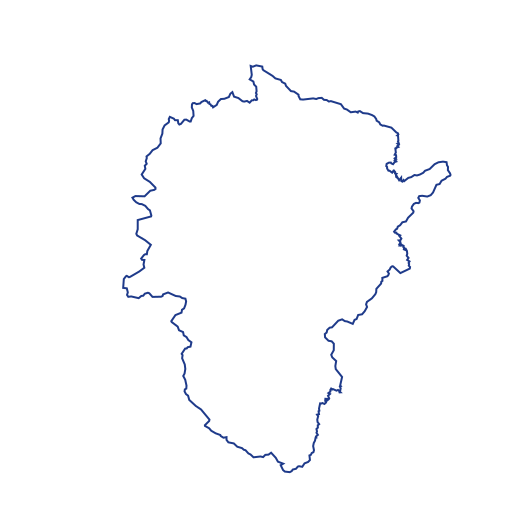 outline of Pong, Phayao, Thailand, rotated 298°
{"feature_id": "78962969B4700239694547", "entity_name": "Pong", "entity_type": "district", "adm_level": 2, "iso_a3": "THA", "parent_name": "Thailand", "parent_adm1": "Phayao", "projection": "albers", "projection_center": [100.484, 19.205], "detail": "fine", "context": "isolated", "style": "outline", "palette": "blue", "viewbox_px": 512, "rotation_deg": 298, "n_neighbors": 0, "source": "geoboundaries", "source_scale": "gbopen_adm2", "svg_char_len": 6122}
<svg xmlns="http://www.w3.org/2000/svg" viewBox="0 0 512 512"><g transform="rotate(298 256 256)"><path d="M165.5,153.7L166.8,157.1L163.7,159.9L161.1,160.4L160.0,162.4L161.7,164.8L163.7,172.2L166.9,173.5L168.0,175.1L170.5,175.5L172.8,177.8L173.0,179.3L171.3,183.8L175.5,191.3L176.8,192.3L178.5,192.0L182.5,195.5L183.0,203.9L184.5,207.8L184.2,210.6L185.2,213.7L183.1,215.6L180.0,216.6L176.0,217.1L173.8,215.9L171.0,216.8L166.0,212.6L158.7,211.8L158.1,212.6L156.9,220.0L154.3,222.9L154.6,227.3L152.0,229.5L151.8,232.7L150.0,235.7L149.5,239.5L145.2,240.7L143.4,238.5L141.8,238.2L141.0,236.9L134.7,236.3L134.0,237.7L131.0,238.8L126.8,244.0L123.1,246.6L118.7,248.1L115.9,248.1L113.5,251.6L108.9,255.5L106.2,256.7L104.8,255.8L102.9,256.5L101.2,259.0L100.8,261.6L97.6,264.6L95.3,273.4L94.7,279.5L89.7,291.7L88.3,292.1L82.6,290.3L82.0,290.7L81.9,295.5L80.7,298.5L80.5,303.6L81.2,308.5L80.5,309.4L80.3,312.6L82.2,315.0L79.8,316.3L78.5,319.1L80.1,324.4L78.8,329.0L79.8,333.8L79.2,336.2L79.6,337.9L78.1,342.0L78.2,344.3L77.1,348.3L81.1,354.1L81.8,356.7L84.8,357.6L86.5,360.3L89.4,361.7L87.1,368.2L84.7,371.9L85.4,377.5L82.9,376.0L79.7,380.4L79.2,382.7L81.0,387.3L82.8,388.5L84.7,388.7L86.9,391.2L89.7,391.8L90.6,392.7L91.6,395.8L95.7,396.2L98.6,398.7L101.2,399.4L105.0,396.8L106.2,397.8L108.2,397.7L109.7,398.8L111.7,398.4L115.0,395.7L118.0,394.8L120.6,394.8L123.6,393.9L124.0,394.5L124.9,393.7L127.1,394.6L128.3,392.4L129.8,392.2L131.6,390.6L133.5,391.2L135.5,390.0L137.2,390.7L138.3,388.3L140.3,386.9L143.7,386.1L144.6,384.4L145.9,385.9L148.3,384.1L149.1,384.6L150.8,383.3L156.0,381.8L156.5,383.1L157.3,383.6L157.5,385.9L159.5,386.6L160.6,385.1L162.5,384.3L163.2,385.9L162.1,385.9L161.7,386.6L163.9,387.5L164.6,387.5L166.4,385.2L168.9,386.1L169.0,384.3L171.2,385.3L172.7,384.5L174.2,384.6L173.8,385.9L174.6,386.3L174.9,390.3L176.2,391.3L176.0,392.6L174.8,393.8L175.3,394.6L175.5,393.9L178.9,392.9L180.1,391.4L180.9,392.0L181.2,391.1L189.6,388.8L193.6,379.5L196.1,377.7L200.9,376.1L202.3,370.9L204.1,368.8L209.3,368.9L215.1,365.9L216.2,362.9L215.2,359.8L216.6,355.2L219.4,353.4L221.6,354.3L224.2,353.6L227.3,354.7L228.7,356.6L237.5,359.0L240.5,361.8L240.2,365.0L241.0,367.3L241.5,373.3L245.9,373.0L247.6,374.4L251.9,373.9L254.3,377.0L258.2,377.9L263.1,378.0L265.0,375.9L267.6,375.5L273.0,378.2L278.3,379.3L280.5,379.1L283.5,377.7L290.4,379.4L292.1,378.7L293.4,379.3L296.0,377.8L299.8,381.5L301.2,381.8L302.9,381.6L304.1,379.4L306.8,380.4L309.2,380.3L310.9,381.1L311.2,382.0L308.7,391.5L317.1,397.7L318.6,397.2L319.2,395.4L320.8,395.0L321.5,394.0L323.3,394.1L323.5,391.3L325.9,391.6L327.0,388.9L329.0,388.5L331.3,386.9L332.7,384.8L332.3,384.1L331.4,384.6L331.3,383.4L333.1,382.8L333.2,381.7L334.3,381.5L334.2,379.0L333.1,379.1L332.7,378.0L334.6,378.4L334.8,377.8L334.1,377.9L333.8,377.1L336.0,377.1L336.8,374.8L337.7,376.1L339.6,376.2L341.0,373.1L341.9,373.5L341.8,369.6L342.5,369.0L341.8,367.7L342.3,366.5L345.2,367.0L346.3,367.8L348.5,367.4L350.8,368.8L354.5,369.4L356.9,372.2L361.2,372.3L368.1,374.5L369.5,374.1L371.0,371.0L372.8,370.5L376.1,370.9L378.0,372.3L379.0,374.7L379.9,375.2L382.0,374.6L383.5,372.0L385.5,372.0L387.2,374.5L388.9,379.3L391.7,381.7L395.2,382.5L403.6,381.9L405.7,384.3L409.6,384.5L413.2,387.0L415.5,387.5L418.0,389.7L418.9,389.7L420.1,388.5L421.9,385.1L424.8,383.7L425.8,382.0L428.3,380.2L427.1,376.8L424.4,373.1L420.9,370.6L414.3,368.5L410.6,365.2L408.0,364.6L404.8,362.4L402.7,360.3L401.9,357.9L398.5,356.0L396.5,353.8L391.7,351.7L392.3,350.6L390.4,350.3L390.4,349.1L393.3,347.4L390.1,346.8L392.2,343.4L391.5,343.4L391.6,342.7L393.7,341.2L394.5,341.4L394.2,340.0L395.5,339.4L396.1,337.9L395.4,337.8L395.6,337.3L393.5,337.1L394.0,333.8L393.5,332.9L394.8,330.7L396.2,329.9L396.5,328.8L398.7,328.1L400.8,329.5L401.8,331.2L401.3,332.0L401.4,333.9L404.0,334.3L405.1,335.3L405.3,333.9L406.4,334.4L406.3,333.6L407.5,333.8L407.5,332.7L409.1,333.4L410.8,332.3L410.5,330.9L413.0,330.9L416.4,328.5L416.9,328.9L416.3,329.5L417.6,329.1L419.1,330.5L419.5,329.2L420.9,329.6L421.4,329.1L421.6,330.8L421.7,328.3L422.7,329.0L423.9,327.5L424.6,327.6L429.1,324.8L428.9,324.2L430.2,324.6L431.0,323.7L431.0,321.8L432.9,315.3L431.2,307.6L430.5,306.8L430.5,304.0L431.9,302.0L432.1,299.0L433.4,297.8L434.8,295.0L434.9,292.3L434.3,288.0L432.4,283.4L432.7,279.7L431.6,278.4L430.4,278.5L430.3,276.2L427.4,272.2L428.0,267.4L427.5,264.6L429.9,259.7L427.9,249.4L426.6,247.8L426.9,245.2L425.8,242.7L426.5,239.8L424.7,237.0L422.9,235.5L422.0,232.5L416.2,224.1L415.1,221.5L417.2,218.5L418.4,217.8L419.0,212.4L418.0,209.4L420.3,202.6L421.9,200.9L421.8,197.3L423.1,195.3L421.9,189.7L422.8,186.1L423.5,175.3L424.1,174.1L426.2,172.6L424.4,166.7L421.6,164.3L421.3,162.1L414.0,167.2L411.8,167.8L409.0,167.5L408.8,171.8L406.5,173.8L405.6,176.7L401.7,179.2L399.9,179.4L399.1,180.7L397.3,180.9L395.2,183.4L394.4,183.5L393.6,182.7L393.4,180.9L392.2,180.5L391.5,179.2L388.4,178.4L388.7,175.3L386.8,173.1L386.3,171.4L387.2,166.3L386.4,161.8L389.6,158.2L387.3,157.2L383.6,157.4L380.0,154.3L378.1,151.3L374.4,150.1L371.0,150.4L367.1,148.3L368.1,147.1L367.6,146.1L368.5,144.7L368.4,143.4L369.7,142.5L368.8,141.6L369.8,139.5L369.3,138.7L369.7,138.0L366.3,135.5L364.5,135.1L362.2,132.2L362.2,129.9L361.2,128.4L359.8,128.3L357.0,129.6L354.6,132.5L350.4,135.1L347.6,134.6L344.1,135.2L343.6,134.4L343.7,130.4L342.7,128.8L337.4,127.7L336.1,126.6L336.7,125.1L339.2,123.2L337.9,120.7L338.7,119.0L338.4,114.6L335.9,114.7L334.6,115.8L333.0,116.2L328.4,114.0L323.9,114.1L320.0,115.9L315.0,116.5L310.7,119.0L305.3,118.1L300.9,115.0L296.3,114.2L292.5,112.6L291.2,113.6L287.8,114.2L286.1,116.2L283.5,115.4L281.0,117.4L274.3,116.8L272.1,120.7L271.6,127.5L269.2,135.1L268.0,135.8L266.6,135.1L264.0,132.0L256.4,129.6L252.3,121.4L249.5,119.5L248.2,121.6L247.2,125.0L247.2,128.6L248.2,130.8L248.3,134.7L246.7,138.8L246.5,140.9L242.6,144.6L241.7,144.8L232.2,134.7L224.1,139.0L219.4,139.9L218.3,141.4L217.9,150.6L216.5,157.9L209.4,157.7L206.3,158.8L205.6,157.4L204.2,156.6L199.8,155.8L199.1,157.2L200.1,159.3L195.7,160.7L193.2,162.9L187.5,160.2L178.6,154.7L177.6,153.8L177.8,151.2L177.1,150.7L173.6,150.1L165.5,153.7Z" fill="none" stroke="#1e3a8a" stroke-width="2"/></g></svg>